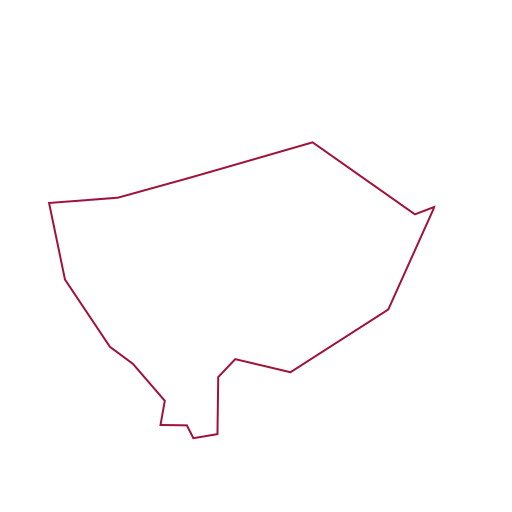 Parker'S Hill, Castries, Saint Lucia (orthographic projection), rotated 63°
{"feature_id": "8701671B66024605882248", "entity_name": "Parker'S Hill", "entity_type": "district", "adm_level": 2, "iso_a3": "LCA", "parent_name": "Saint Lucia", "parent_adm1": "Castries", "projection": "orthographic", "projection_center": [-60.99, 14.004], "detail": "fine", "context": "isolated", "style": "outline", "palette": "rose", "viewbox_px": 512, "rotation_deg": 63, "n_neighbors": 0, "source": "geoboundaries", "source_scale": "gbopen_adm2", "svg_char_len": 402}
<svg xmlns="http://www.w3.org/2000/svg" viewBox="0 0 512 512"><g transform="rotate(63 256 256)"><path d="M114.8,416.3L190.3,436.9L270.6,427.4L296.3,414.6L343.6,403.0L363.2,417.8L375.5,394.5L389.9,394.5L397.2,371.2L346.7,344.6L338.5,321.3L375.2,278.1L363.7,162.4L294.7,76.5L293.2,75.1L291.0,95.5L180.4,154.0L156.9,276.0L141.3,352.7L114.8,416.3Z" fill="none" stroke="#9f1239" stroke-width="2"/></g></svg>